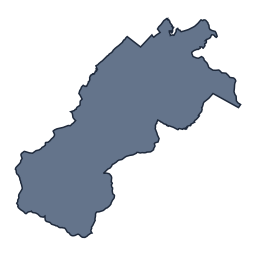 the district of Cotofanesti, Bacau, Romania
{"feature_id": "2599482B84293902870266", "entity_name": "Cotofanesti", "entity_type": "district", "adm_level": 2, "iso_a3": "ROU", "parent_name": "Romania", "parent_adm1": "Bacau", "projection": "natural_earth1", "projection_center": [26.959, 46.124], "detail": "fine", "context": "isolated", "style": "filled", "palette": "slate", "viewbox_px": 256, "rotation_deg": 0, "n_neighbors": 0, "source": "geoboundaries", "source_scale": "gbopen_adm2", "svg_char_len": 5686}
<svg xmlns="http://www.w3.org/2000/svg" viewBox="0 0 256 256"><path d="M107.3,207.8L109.7,205.7L111.0,204.0L111.1,203.0L112.5,200.2L113.9,198.4L114.2,197.6L114.5,195.7L114.3,195.1L112.8,193.8L112.5,192.5L112.2,190.5L112.5,189.4L112.6,187.9L111.7,186.9L111.4,184.8L112.3,183.4L112.1,182.8L111.2,181.9L111.4,181.3L111.4,179.7L111.6,178.9L111.6,178.4L111.7,177.8L111.3,176.2L109.6,174.1L108.8,173.6L106.3,173.1L104.0,173.3L103.8,173.0L107.8,169.1L110.1,168.0L111.5,166.3L112.0,165.1L112.6,164.3L113.5,164.0L116.1,162.3L117.8,160.7L118.9,160.1L121.9,159.5L125.4,156.9L126.5,156.3L129.7,155.4L132.9,154.9L136.2,153.3L136.9,152.4L138.1,152.4L140.2,153.0L142.1,152.6L144.3,152.8L146.0,152.6L146.9,152.1L150.3,151.9L151.4,151.4L153.6,149.7L153.5,148.9L155.0,146.2L154.9,145.5L154.6,144.8L154.4,143.5L155.4,142.7L158.0,142.0L159.1,138.6L157.3,134.8L157.0,133.3L155.2,128.7L155.5,127.2L155.4,125.3L156.3,123.5L156.7,123.4L156.6,122.8L157.8,120.0L160.2,121.3L160.9,122.0L161.6,122.1L163.9,123.8L166.4,124.5L166.9,125.0L166.7,125.4L168.3,126.2L168.7,125.7L173.4,127.3L177.7,129.6L178.3,129.5L178.6,128.8L179.4,128.5L182.6,129.3L183.2,128.6L183.4,128.8L184.5,128.7L184.9,129.0L185.2,128.2L186.1,129.1L186.6,128.8L186.3,128.1L186.7,128.1L187.2,127.5L186.7,127.4L187.0,126.5L189.2,125.6L190.5,125.7L191.0,124.9L190.7,124.3L194.6,122.2L194.1,121.7L194.4,121.2L195.1,120.2L196.3,119.4L197.9,117.7L199.3,115.9L198.4,115.3L201.3,111.7L201.5,111.7L202.1,109.5L201.9,108.6L202.0,108.2L201.7,107.5L202.4,106.9L203.2,104.2L203.2,103.6L204.0,102.1L208.8,98.3L213.0,93.5L238.5,107.6L240.6,104.5L238.1,103.0L236.4,100.9L236.1,96.1L234.9,94.5L234.0,91.7L234.4,88.1L234.6,84.5L235.0,82.7L235.8,81.0L235.2,79.4L233.7,78.0L229.8,77.4L228.3,75.4L226.0,73.2L221.7,72.8L220.3,71.2L218.8,70.0L215.8,70.3L212.9,70.2L208.8,67.5L207.9,64.9L207.0,63.0L204.2,60.2L203.9,58.8L203.0,57.5L201.5,56.6L198.4,58.3L196.3,57.9L193.0,56.5L191.7,53.2L191.9,52.8L191.8,52.3L193.7,50.7L197.1,49.3L198.0,49.5L200.1,48.3L200.3,47.9L200.0,47.0L201.8,46.9L203.1,48.2L203.3,48.1L203.6,47.4L204.5,46.6L205.0,45.2L204.8,44.9L204.7,43.8L206.3,42.7L206.4,40.4L205.5,40.5L206.5,39.5L208.9,38.6L209.7,37.8L210.1,37.8L210.5,37.3L211.2,35.5L211.7,34.8L213.0,34.8L214.3,35.4L214.9,36.5L215.5,36.6L216.1,37.4L216.3,37.4L217.2,36.3L216.0,32.8L215.1,31.4L211.6,30.4L211.1,30.0L210.0,29.5L209.2,28.0L208.9,25.2L208.0,23.7L207.9,22.8L205.8,20.4L205.1,20.0L204.2,19.9L203.5,20.0L202.9,20.6L202.5,20.6L201.6,20.0L200.9,19.9L197.9,23.4L194.8,26.2L193.5,27.0L188.3,29.6L183.6,31.1L181.1,31.7L180.1,30.8L180.1,30.3L178.6,29.8L177.9,28.9L177.8,28.4L177.4,28.4L176.9,29.0L176.3,29.4L176.1,30.6L176.3,31.0L176.2,31.4L173.9,35.3L173.3,35.3L172.9,34.9L170.4,35.5L170.4,34.6L170.0,34.0L169.3,32.0L169.3,30.9L170.1,30.9L170.2,31.3L170.2,31.9L171.0,31.0L171.4,30.9L171.7,31.6L171.4,32.3L171.6,32.7L171.8,32.9L172.0,32.7L172.7,31.1L171.9,30.9L172.6,29.6L172.7,28.7L172.8,27.9L173.2,27.9L173.1,27.3L173.3,27.2L171.9,26.6L172.3,26.0L172.1,25.4L169.9,22.5L170.0,22.1L169.7,21.9L169.7,21.1L169.1,20.6L168.7,19.6L168.4,19.6L168.3,19.9L168.0,19.8L168.2,18.8L167.6,19.6L167.2,19.1L167.4,18.6L166.8,18.8L166.5,18.6L165.9,19.2L163.8,20.7L161.1,24.5L158.7,26.9L157.5,29.0L160.1,32.5L156.1,35.2L153.8,37.2L152.7,36.2L151.9,34.9L140.6,47.0L127.2,36.6L126.0,37.7L124.7,39.7L123.7,40.1L123.4,40.8L122.8,41.4L122.5,42.3L122.0,42.7L118.5,45.8L117.3,46.6L115.2,48.3L113.1,50.4L112.6,51.5L111.2,52.8L109.2,54.1L108.4,55.3L107.3,55.9L102.3,60.9L101.2,61.6L98.7,63.7L97.9,64.7L95.9,65.8L97.1,68.8L96.5,68.6L96.4,68.8L96.2,68.7L96.0,68.9L96.7,69.6L96.6,70.0L96.8,70.3L96.4,70.6L96.4,70.9L96.1,70.7L95.5,71.1L95.5,71.4L95.1,72.0L95.1,72.4L94.1,73.6L94.2,73.8L93.8,74.0L93.4,73.7L92.8,73.8L92.8,74.1L93.1,74.2L92.8,74.3L92.4,74.1L92.0,74.6L91.3,74.8L90.9,75.1L90.8,75.6L90.5,75.6L90.2,76.0L90.2,76.6L89.8,77.0L89.6,77.9L89.8,78.9L89.7,79.2L89.8,79.3L89.6,80.3L89.1,81.3L88.3,82.0L88.5,82.4L86.6,86.3L86.0,86.0L85.1,86.5L83.2,85.3L81.4,87.2L81.0,88.6L79.7,90.7L78.9,93.6L80.0,95.0L82.1,99.1L80.3,101.0L80.1,101.8L80.1,104.9L79.4,105.7L77.1,107.2L76.3,108.5L76.3,109.1L75.1,109.5L74.4,110.5L70.7,111.7L71.7,112.4L72.2,113.2L72.5,114.3L72.9,117.2L73.2,117.9L74.7,119.8L75.6,120.5L75.1,121.2L73.1,123.3L72.2,123.8L70.4,125.7L68.2,125.5L63.2,127.4L57.0,128.8L54.6,129.9L53.1,131.1L54.4,134.0L54.5,135.0L54.2,136.0L53.5,137.1L51.3,139.1L50.0,140.7L48.2,142.2L45.7,142.5L45.4,142.9L45.3,145.3L43.9,146.4L41.9,147.5L41.4,148.4L40.3,149.2L38.9,150.0L36.1,150.6L32.5,153.2L29.6,152.9L24.6,151.4L24.2,151.4L22.5,152.7L21.6,153.4L21.0,154.3L21.0,155.3L22.1,158.5L20.7,160.9L20.7,161.9L19.7,163.5L16.3,167.1L15.7,168.0L15.4,169.1L15.4,169.4L16.1,170.1L16.3,172.4L16.9,174.0L18.3,175.2L19.6,177.6L20.0,179.9L20.6,181.2L20.8,182.8L21.4,184.2L22.2,187.6L22.2,188.9L18.9,194.5L18.6,196.2L18.9,197.5L18.7,198.3L17.7,200.1L17.8,200.9L17.7,201.7L16.7,203.3L18.1,205.4L17.8,206.5L18.3,207.1L18.3,207.6L20.5,209.6L23.6,211.6L24.9,213.1L26.0,213.7L28.3,211.9L30.9,211.5L31.4,211.2L31.8,211.9L32.8,212.6L35.4,212.9L37.7,214.0L40.4,216.6L43.1,217.1L43.5,217.1L44.9,216.1L45.0,218.1L45.3,220.2L45.8,220.9L46.6,221.5L49.9,222.4L51.6,224.2L55.1,225.3L55.8,225.8L57.3,226.0L59.1,227.4L59.8,227.6L61.2,227.7L62.1,227.5L62.6,227.8L64.7,228.1L65.8,229.4L67.1,231.7L67.7,232.3L68.8,232.8L69.4,233.3L70.4,234.8L71.8,235.6L73.0,235.8L74.9,235.5L77.4,234.3L78.2,234.2L79.5,234.8L80.4,235.9L82.0,237.1L82.7,237.3L84.9,237.4L86.9,236.3L88.1,235.1L90.8,233.2L92.0,233.0L91.1,231.5L90.9,230.8L90.9,230.2L91.7,228.3L91.5,227.1L92.7,225.5L95.2,220.3L94.9,219.2L95.5,216.1L95.5,213.9L95.8,213.2L96.6,212.1L97.2,211.9L99.2,211.8L103.0,210.6L104.3,209.7L105.8,208.3L107.3,207.8Z" fill="#64748b" stroke="#1e293b" stroke-width="1.5"/></svg>